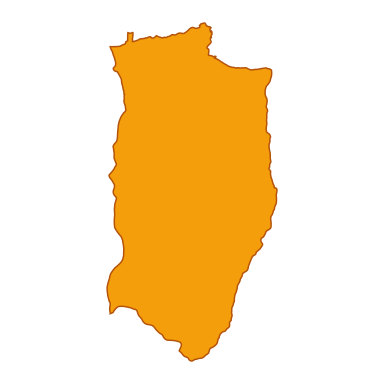 San José De Miranda, Santander, Colombia (Albers equal-area conic projection)
{"feature_id": "7082276B56254263811403", "entity_name": "San José De Miranda", "entity_type": "district", "adm_level": 2, "iso_a3": "COL", "parent_name": "Colombia", "parent_adm1": "Santander", "projection": "albers", "projection_center": [-72.731, 6.627], "detail": "fine", "context": "isolated", "style": "filled", "palette": "amber", "viewbox_px": 384, "rotation_deg": 0, "n_neighbors": 0, "source": "geoboundaries", "source_scale": "gbopen_adm2", "svg_char_len": 5915}
<svg xmlns="http://www.w3.org/2000/svg" viewBox="0 0 384 384"><path d="M179.2,350.8L181.5,353.0L183.4,355.4L184.5,356.4L187.7,357.6L189.4,360.1L190.8,360.9L191.5,361.0L192.6,360.8L195.0,359.3L196.0,359.3L196.7,359.2L198.4,358.5L201.8,358.1L202.4,357.8L203.8,357.0L206.0,354.9L207.0,354.4L208.5,353.1L209.7,349.3L210.1,348.5L210.9,348.0L211.6,347.8L213.3,346.9L214.8,345.8L216.6,344.0L217.2,342.9L218.0,339.5L218.5,338.5L219.2,337.6L219.3,336.3L220.3,334.1L222.1,332.2L222.6,331.9L225.3,331.0L226.8,328.9L228.9,327.3L229.3,326.6L229.6,325.5L229.5,322.6L230.0,321.7L231.2,320.3L231.2,319.0L232.0,315.9L232.1,314.8L231.6,313.6L231.6,312.7L231.8,309.1L231.7,308.3L232.8,305.8L233.3,304.5L233.4,303.5L234.3,301.4L234.4,298.1L234.8,295.6L235.3,293.9L236.2,292.0L237.2,288.3L237.4,286.1L237.9,284.8L238.3,283.9L239.1,282.8L239.5,282.0L240.0,280.6L240.3,279.3L240.9,278.2L241.8,276.7L242.7,273.6L243.3,272.9L246.5,271.0L247.0,270.5L247.6,269.6L248.0,268.7L248.7,265.3L249.4,263.8L250.0,262.0L252.2,256.9L253.0,255.9L255.1,254.7L255.8,253.9L256.3,252.1L260.1,248.8L262.1,245.8L262.6,244.6L262.5,243.8L261.2,242.0L260.9,241.2L260.8,240.3L260.8,239.7L261.5,238.2L263.3,237.0L264.0,236.1L265.1,234.0L266.0,231.7L266.4,231.1L269.4,229.3L270.7,228.0L271.0,226.9L271.1,224.8L271.1,223.0L270.7,219.5L270.7,217.8L271.0,216.5L272.3,214.4L273.2,211.8L273.5,210.4L274.2,209.7L274.4,209.2L274.5,207.7L274.9,206.4L275.9,204.3L276.4,202.5L276.5,198.1L276.3,196.7L276.3,194.7L276.4,193.7L276.8,192.3L276.9,191.1L276.9,189.7L276.8,189.0L276.0,188.0L275.6,187.9L274.8,187.8L274.4,187.7L274.2,187.4L274.1,185.8L273.2,184.1L272.7,182.7L272.5,181.7L272.2,180.7L272.0,179.9L271.0,177.1L270.5,174.4L270.6,171.1L269.0,169.1L269.0,168.2L269.6,167.1L269.7,164.5L270.0,163.6L270.8,162.2L270.8,161.9L270.8,161.3L270.2,158.0L270.3,155.2L270.1,152.5L269.5,150.3L269.0,146.3L269.1,144.1L269.5,143.3L269.9,141.4L269.9,138.7L270.1,138.0L270.4,137.6L270.5,136.7L270.3,135.8L269.7,134.6L269.3,134.1L267.2,132.6L266.7,132.0L266.4,131.0L266.2,129.0L266.3,127.1L266.7,125.0L266.8,123.3L266.5,120.0L266.8,117.5L266.7,116.6L266.8,113.6L266.8,113.1L267.5,111.4L267.5,110.6L267.4,109.5L266.4,107.7L266.2,106.9L266.3,105.9L266.7,104.2L267.1,101.4L267.1,100.2L266.7,98.3L265.7,96.4L265.2,94.6L265.1,94.0L265.1,92.2L265.4,89.2L266.0,87.1L266.5,86.0L268.1,84.2L269.6,81.9L270.1,81.0L270.8,77.9L271.2,77.1L271.5,75.8L271.7,73.0L271.6,71.4L271.4,70.0L269.3,68.8L267.3,68.6L266.9,68.1L266.0,67.9L264.9,68.1L263.6,68.2L257.8,69.3L254.2,69.5L252.4,69.9L250.6,69.8L249.2,69.4L246.2,67.8L239.9,68.0L237.3,67.7L236.6,68.1L233.4,67.4L231.7,67.2L228.1,66.0L226.6,65.0L223.7,63.4L222.1,62.2L221.1,61.8L218.9,60.1L217.3,59.2L214.4,58.0L214.5,57.6L215.6,57.3L215.9,56.8L215.8,56.4L214.5,56.3L213.9,56.6L212.8,56.5L212.0,55.9L209.7,55.4L208.7,55.4L208.5,55.1L208.5,54.3L208.8,51.6L208.8,50.2L208.6,49.2L207.3,48.4L207.0,47.7L207.2,46.9L207.5,46.3L210.7,42.9L211.1,42.2L211.0,41.3L210.4,39.5L210.4,38.5L210.6,37.5L211.4,37.6L211.5,37.4L211.1,36.6L211.2,35.8L212.1,33.9L211.7,33.2L211.9,32.9L211.6,32.5L211.9,31.9L211.7,31.7L211.3,31.7L210.9,32.0L210.5,31.9L210.3,31.5L210.4,31.2L211.0,30.9L211.0,30.6L210.2,30.4L209.9,29.4L210.0,29.0L211.0,27.8L211.0,27.6L210.3,27.1L209.6,26.7L209.4,26.7L209.0,26.8L208.5,26.8L207.4,26.1L206.5,25.9L205.3,23.6L205.1,23.2L204.4,23.0L203.3,23.3L202.4,23.4L201.8,23.8L201.0,23.9L200.7,24.1L199.9,25.1L200.2,25.1L199.7,26.0L199.8,27.1L199.4,27.5L198.3,27.8L197.4,28.2L196.1,28.3L195.2,28.3L193.0,27.4L191.6,27.6L190.0,28.5L187.1,31.3L184.1,33.4L183.0,33.5L180.4,33.1L179.5,33.1L178.1,33.4L175.6,34.9L174.9,35.0L172.1,34.6L169.6,36.3L168.0,36.5L167.0,37.1L165.9,37.6L164.3,37.2L163.0,37.8L162.4,37.9L161.9,37.8L158.6,36.8L156.6,35.8L156.3,35.7L155.2,36.9L154.1,37.7L153.7,37.9L152.4,38.1L151.8,37.9L150.5,36.8L149.8,36.7L148.2,37.2L146.8,38.0L145.8,37.8L145.3,37.9L144.6,38.5L143.6,38.5L143.1,38.7L142.6,38.7L142.2,38.6L139.7,39.0L138.2,40.0L135.4,41.0L134.5,41.4L133.8,41.6L132.7,41.6L132.4,41.5L132.8,40.5L132.4,39.4L132.4,38.7L132.8,36.8L133.0,33.0L132.9,32.7L132.7,32.5L132.2,32.7L131.1,33.1L130.2,33.3L127.9,32.7L127.7,35.5L127.6,40.8L125.8,41.8L125.5,43.4L125.3,43.8L125.1,44.0L123.2,44.6L119.9,46.3L116.6,46.6L110.2,46.7L110.9,48.9L112.4,51.8L113.2,54.6L114.4,57.8L115.4,61.4L115.7,63.1L115.5,65.4L114.4,67.0L113.4,68.0L113.3,68.9L113.7,69.9L114.3,70.7L116.2,71.5L117.4,71.8L120.3,77.0L121.3,79.1L121.8,83.3L122.6,86.1L123.3,89.7L123.4,90.2L123.8,90.7L124.0,94.3L124.6,94.7L124.1,96.1L124.3,98.9L123.9,100.8L124.3,103.2L125.2,105.5L125.8,109.9L125.4,111.4L123.9,112.6L121.1,116.7L119.2,121.3L118.3,125.4L118.0,129.2L117.7,131.7L117.4,137.6L117.1,139.9L116.4,141.7L114.1,144.3L113.1,146.2L114.2,153.2L114.1,158.1L115.7,162.5L116.2,163.3L116.3,164.5L116.0,165.6L114.9,167.1L113.9,169.2L111.4,172.5L110.2,173.7L109.2,174.9L109.0,175.6L109.3,176.7L110.0,177.9L111.9,180.3L113.8,183.6L114.4,184.8L114.5,186.6L114.1,188.6L113.4,190.3L113.2,191.9L113.4,193.3L113.9,194.6L116.4,197.7L116.4,198.7L114.9,203.9L114.4,209.1L114.7,214.6L114.3,219.6L114.3,223.6L114.7,227.3L115.1,228.4L117.8,232.6L120.1,235.4L121.3,236.9L122.5,240.0L123.3,244.6L123.8,248.3L123.6,255.7L122.7,259.4L121.4,261.8L119.8,263.6L117.0,266.2L115.0,267.8L112.9,270.4L110.8,273.5L110.0,275.8L109.4,278.5L108.1,282.7L107.1,287.2L107.2,290.7L107.8,295.8L109.2,301.1L110.2,303.2L110.2,304.4L109.7,308.4L109.7,310.1L110.2,312.5L110.2,313.7L112.7,312.7L113.5,311.9L114.0,310.7L116.0,308.3L117.6,307.0L118.6,306.5L121.0,306.3L124.1,306.4L126.2,306.8L130.7,307.8L133.7,309.1L135.5,309.5L136.4,310.1L137.0,310.9L138.1,314.2L139.0,315.9L140.6,317.6L142.1,319.6L142.5,320.7L143.8,322.4L144.9,323.4L146.5,324.2L151.7,325.2L154.0,326.8L155.8,329.4L159.4,333.0L161.7,334.4L162.5,335.1L163.6,337.3L164.8,338.8L166.2,339.7L167.1,340.1L173.6,340.5L176.4,341.0L179.8,342.0L180.6,342.7L181.1,343.5L181.4,344.4L181.3,345.6L180.9,346.9L179.2,350.8Z" fill="#f59e0b" stroke="#b45309" stroke-width="1.5"/></svg>